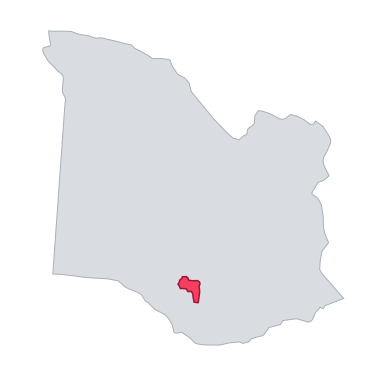 Kumi on a map of Uganda (Albers equal-area conic projection), rotated 94°
{"feature_id": "UGA-3065", "entity_name": "Kumi", "entity_type": "District", "adm_level": 1, "iso_a3": "UGA", "parent_name": "Uganda", "parent_adm1": "", "projection": "albers", "projection_center": [33.978, 1.444], "detail": "fine", "context": "in_parent", "style": "filled", "palette": "rose", "viewbox_px": 384, "rotation_deg": 94, "n_neighbors": 0, "source": "natural_earth", "source_scale": "10m", "svg_char_len": 2658}
<svg xmlns="http://www.w3.org/2000/svg" viewBox="0 0 384 384"><g transform="rotate(94 192 192)"><path d="M283.5,325.1L277.4,325.1L267.4,325.1L257.5,325.1L247.5,325.1L237.6,325.1L227.6,325.0L217.7,325.0L207.7,325.0L197.8,325.0L187.8,325.0L177.9,325.0L167.9,325.0L158.0,324.9L148.0,324.9L138.0,324.9L128.1,324.9L118.1,324.9L112.3,324.8L111.1,324.7L110.3,324.4L106.5,325.1L102.6,327.6L98.5,328.6L94.1,328.2L93.5,328.4L91.3,328.3L88.0,328.2L85.1,328.8L82.9,330.9L80.6,334.6L76.5,338.8L73.3,342.5L70.6,345.2L64.3,349.5L60.9,350.8L59.3,350.6L58.2,349.8L56.3,344.2L55.1,343.3L43.0,346.1L41.2,346.1L41.4,344.4L40.5,331.3L40.4,323.2L42.0,318.2L43.0,312.4L43.1,307.3L45.3,298.6L44.5,293.3L47.5,275.0L48.2,272.1L49.4,263.2L51.2,260.5L52.7,259.4L54.8,254.0L58.8,245.3L61.6,240.9L61.0,231.1L61.5,224.4L62.1,223.0L68.0,220.5L75.6,214.4L78.8,207.2L83.3,202.6L92.1,199.6L118.1,174.9L130.2,161.5L135.5,154.7L135.7,152.2L136.7,149.0L134.6,146.5L132.1,144.2L131.3,142.1L129.1,141.0L126.0,141.1L124.0,139.5L121.6,136.5L119.3,134.6L112.0,134.7L106.3,131.7L106.4,127.5L108.6,119.2L112.9,109.8L113.2,107.2L112.6,104.9L111.6,103.0L109.6,101.1L107.8,98.9L109.2,92.1L112.0,85.4L114.2,82.1L116.4,78.4L115.8,75.3L112.6,73.8L114.3,70.8L117.7,65.8L124.3,60.7L130.1,57.3L134.0,57.3L141.6,60.0L148.4,63.3L152.1,63.4L156.7,62.1L166.1,56.5L168.4,58.3L171.2,61.7L174.1,67.4L180.1,70.0L182.9,71.8L185.0,72.3L186.1,71.8L188.4,67.4L191.1,65.0L196.1,61.9L207.2,59.5L215.2,58.7L218.5,58.2L224.1,56.8L233.0,52.2L241.8,58.1L251.3,59.3L260.5,59.2L263.3,57.4L264.9,56.1L274.5,46.4L287.6,33.2L296.3,51.7L299.3,52.8L298.9,54.4L298.1,56.0L303.8,60.5L310.8,62.8L313.3,65.1L313.6,67.5L311.2,78.4L311.6,81.5L313.9,92.3L318.1,94.7L321.8,105.7L329.3,110.3L330.4,111.6L332.1,116.9L334.4,122.7L336.2,124.0L337.3,124.4L339.5,130.5L338.2,134.0L340.0,144.5L342.8,153.9L343.5,165.1L343.6,170.0L343.5,173.0L342.9,177.3L341.5,179.8L339.1,182.1L336.5,185.9L334.2,190.0L332.7,192.0L333.9,198.0L333.6,199.6L332.9,200.4L329.5,201.3L325.2,202.9L322.6,204.5L318.8,207.6L315.9,210.9L311.9,220.7L305.3,228.3L304.2,230.8L297.9,235.3L295.2,240.9L293.4,247.8L291.0,252.7L285.8,259.4L284.5,270.1L284.7,291.4L283.3,315.6L283.5,325.1Z" fill="#d9dde1" stroke="#a8b0b8" stroke-width="1"/><path d="M302.0,178.2L301.8,182.2L297.1,183.5L293.7,184.1L291.3,185.6L291.6,189.2L290.0,190.3L288.9,191.3L288.9,193.5L289.1,196.8L286.8,198.1L284.8,199.5L283.8,198.7L282.2,198.4L280.7,198.0L279.7,197.0L278.7,195.9L277.2,195.7L276.8,191.6L278.1,190.0L280.2,189.2L280.5,185.6L280.0,180.3L281.1,178.3L283.1,177.6L285.8,178.4L288.6,177.7L291.3,177.4L300.8,178.0L301.5,178.0L302.0,178.2Z" fill="#f43f5e" stroke="#9f1239" stroke-width="1.5"/></g></svg>